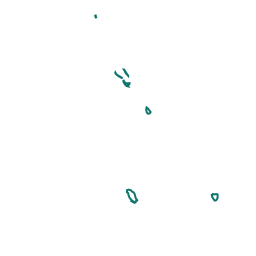 Dependencias Federales, orthographic projection, rotated 54°
{"feature_id": "VEN-44", "entity_name": "Dependencias Federales", "entity_type": "Federal Dependency", "adm_level": 1, "iso_a3": "VEN", "parent_name": "Venezuela", "parent_adm1": "", "projection": "orthographic", "projection_center": [-66.343, 11.477], "detail": "fine", "context": "isolated", "style": "outline", "palette": "teal", "viewbox_px": 256, "rotation_deg": 54, "n_neighbors": 0, "source": "natural_earth", "source_scale": "10m", "svg_char_len": 1378}
<svg xmlns="http://www.w3.org/2000/svg" viewBox="0 0 256 256"><g transform="rotate(54 128 128)"><path d="M190.8,163.0L191.3,163.0L191.9,163.0L192.1,163.3L191.5,164.0L192.6,165.6L192.4,166.6L191.3,167.3L189.6,168.0L189.8,167.3L190.0,167.0L188.6,167.5L187.3,167.7L184.5,167.6L183.1,167.2L181.7,166.6L180.5,166.2L179.4,166.6L177.7,165.2L178.4,163.5L180.2,162.2L181.8,162.1L183.5,161.3L185.2,161.4L188.8,162.8L189.5,163.0L190.8,163.0ZM234.3,94.6L235.2,95.1L237.4,96.8L237.8,97.6L238.2,98.9L238.1,100.0L237.4,100.6L234.4,100.5L232.7,100.2L231.4,99.6L231.6,99.0L231.7,98.9L231.6,98.7L231.3,98.1L232.3,97.4L233.4,95.3L234.3,94.6ZM126.7,100.4L128.3,100.3L128.7,100.8L128.9,102.2L127.9,103.6L125.9,103.5L123.7,102.4L122.3,100.9L123.3,100.5L124.6,100.4L126.7,100.4ZM93.1,103.4L94.1,103.4L94.5,103.4L93.2,104.5L90.7,104.9L88.0,104.5L86.3,103.4L88.4,103.9L90.0,103.6L91.4,102.4L92.6,100.4L93.2,100.9L93.5,101.7L93.5,102.5L93.1,103.4ZM84.2,97.1L85.5,97.0L85.8,97.2L84.0,97.4L83.7,97.4L82.8,97.6L81.6,97.4L80.9,97.4L80.4,97.2L78.3,97.0L78.5,96.8L84.2,97.1ZM83.0,103.7L84.0,103.3L84.6,103.3L81.3,104.8L80.9,105.1L78.9,105.6L78.3,105.8L77.5,106.0L75.9,105.9L75.7,105.6L77.2,105.8L78.2,105.7L78.6,105.6L78.8,105.5L83.0,103.7ZM19.0,88.6L19.7,88.7L20.5,89.0L19.8,89.1L18.5,88.8L17.9,88.6L17.8,88.3L18.0,88.0L18.4,88.1L18.7,88.4L19.0,88.6Z" fill="none" stroke="#0f766e" stroke-width="2"/></g></svg>